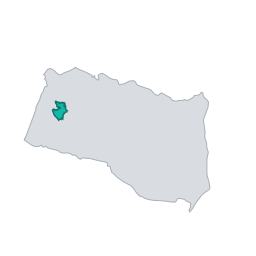 location of Mamprugu Moagduri, Northern, Ghana, rotated 291°
{"feature_id": "2480657B18075285363234", "entity_name": "Mamprugu Moagduri", "entity_type": "district", "adm_level": 2, "iso_a3": "GHA", "parent_name": "Ghana", "parent_adm1": "Northern", "projection": "robinson", "projection_center": [-1.366, 10.258], "detail": "fine", "context": "in_parent", "style": "filled", "palette": "teal", "viewbox_px": 256, "rotation_deg": 291, "n_neighbors": 0, "source": "geoboundaries", "source_scale": "gbopen_adm2", "svg_char_len": 5595}
<svg xmlns="http://www.w3.org/2000/svg" viewBox="0 0 256 256"><g transform="rotate(291 128 128)"><path d="M153.7,31.8L155.4,33.6L155.8,34.7L155.2,38.6L153.9,41.4L153.1,44.0L153.2,45.3L154.0,46.6L156.6,48.6L157.9,50.0L159.5,52.0L161.4,53.9L164.5,56.5L165.8,56.9L165.7,57.7L165.3,58.6L165.0,68.2L164.8,70.6L164.6,71.8L164.3,75.4L164.0,75.9L163.4,75.9L162.8,76.0L162.7,76.7L162.9,77.4L164.8,77.9L164.4,78.5L163.0,79.0L162.3,80.0L162.6,81.3L161.9,82.2L162.1,82.9L162.6,83.4L163.4,83.2L165.6,81.6L166.5,81.4L167.6,81.7L169.7,84.2L169.8,85.5L168.9,89.6L168.1,92.9L168.0,97.2L168.9,99.6L168.7,100.9L167.8,102.1L165.6,103.7L165.8,104.9L166.8,107.0L168.6,109.4L172.2,112.3L174.1,116.1L174.1,117.6L173.0,119.2L171.7,120.5L171.3,122.5L171.9,135.2L169.1,140.8L169.0,142.3L169.3,144.2L170.1,145.3L171.5,145.6L172.7,146.7L172.3,150.5L171.7,154.5L171.6,156.4L171.2,157.3L170.1,158.1L169.7,159.3L170.0,160.9L169.8,162.0L170.4,163.5L171.7,165.3L173.8,169.9L174.5,170.3L174.9,171.2L174.7,172.1L175.5,174.2L177.8,176.2L180.2,178.0L182.2,178.2L182.6,179.8L183.9,181.8L184.9,182.7L186.3,183.3L187.6,183.6L187.6,185.3L185.4,186.4L183.9,188.2L182.8,190.8L181.2,193.8L175.8,195.3L173.8,195.3L162.7,195.4L152.3,201.2L146.3,203.2L142.6,206.5L137.7,208.8L134.2,211.6L127.0,212.9L115.2,217.4L111.6,219.1L107.8,222.2L101.8,225.8L99.4,225.7L94.7,222.4L91.1,220.7L82.4,218.1L75.8,217.1L72.7,216.0L71.8,215.8L72.6,214.6L74.4,214.5L76.3,214.9L77.7,214.0L79.9,213.8L80.4,212.9L80.6,210.5L80.6,208.5L81.3,207.6L81.5,205.3L80.5,200.2L79.7,199.6L75.9,198.9L75.6,197.9L75.0,196.8L74.2,194.2L73.4,190.2L72.1,185.4L69.5,177.4L68.9,174.5L68.5,171.6L68.4,168.2L68.9,166.9L68.8,165.1L68.6,163.3L70.4,159.3L73.9,154.3L74.7,152.5L75.3,151.2L75.4,149.4L76.1,143.6L77.8,136.5L78.8,133.9L79.5,132.4L80.4,130.1L80.6,129.0L83.9,126.2L85.4,125.5L85.7,124.4L85.2,123.2L85.4,122.4L86.2,122.0L87.4,121.7L88.3,120.5L86.9,111.9L85.8,103.2L85.7,102.5L85.1,101.3L84.4,97.7L83.3,95.6L81.8,95.0L81.8,93.0L83.4,89.7L83.8,87.8L83.0,87.2L82.9,85.7L83.5,83.2L83.2,81.7L82.9,80.1L81.3,76.3L80.9,73.6L81.7,72.1L81.7,68.6L80.9,63.3L80.7,60.0L81.3,58.6L81.0,57.3L79.9,56.0L79.8,54.8L80.8,53.6L80.7,52.7L79.4,52.0L78.3,50.4L77.3,47.8L77.6,43.6L79.4,36.0L79.6,35.4L81.7,35.4L81.7,35.7L88.2,35.7L95.7,35.6L104.6,35.5L112.6,35.4L113.0,35.1L114.3,34.6L122.5,35.4L127.6,35.0L129.7,35.3L131.3,35.8L134.8,35.5L136.7,35.7L138.1,37.6L138.7,37.5L139.5,36.7L140.9,35.8L142.3,35.1L143.4,33.6L144.0,32.5L144.9,32.7L146.3,32.6L147.2,31.7L147.5,30.2L153.7,31.8Z" fill="#d9dde1" stroke="#a8b0b8" stroke-width="1"/><path d="M113.0,63.5L113.1,63.4L113.2,63.1L113.4,63.1L113.5,63.0L113.8,63.0L113.7,62.9L113.8,62.9L113.9,63.0L114.0,63.3L114.0,63.6L114.3,63.7L114.5,63.4L114.8,63.2L115.1,63.3L115.3,63.2L115.6,63.0L115.7,62.9L115.8,62.9L116.0,62.8L116.1,62.7L116.4,62.7L116.7,62.7L116.8,62.8L117.0,62.7L117.3,62.9L117.4,63.0L117.6,63.1L117.8,63.1L118.0,63.0L118.4,63.1L118.7,63.1L118.8,63.0L119.2,63.4L119.6,63.6L120.0,63.8L120.3,63.9L120.4,64.0L120.5,64.2L120.6,64.3L121.0,64.8L121.1,64.7L121.3,64.8L121.6,64.9L121.9,64.8L122.0,64.9L122.2,65.0L122.3,65.1L122.4,64.9L122.2,64.8L122.6,63.9L123.1,63.2L124.3,62.6L124.5,62.5L124.7,62.4L125.0,62.2L125.0,62.3L125.3,62.3L125.4,62.2L125.5,61.9L125.3,61.7L125.2,61.5L125.3,61.5L125.4,61.3L125.8,60.1L126.0,60.2L126.3,60.3L126.5,60.4L126.7,60.5L126.8,60.6L126.9,60.8L127.1,60.9L127.1,61.0L127.3,60.8L127.4,60.6L127.5,60.2L127.9,60.2L128.2,60.1L128.5,60.0L128.6,59.8L128.4,59.7L128.4,59.4L128.2,59.4L128.2,59.5L128.0,59.3L128.0,59.2L128.4,59.1L128.5,58.9L128.5,58.6L128.4,58.5L128.3,58.4L128.3,58.2L128.5,57.9L128.4,57.8L128.0,57.7L127.9,57.7L127.7,57.4L127.5,57.2L127.4,56.9L127.5,56.8L127.8,56.9L128.0,56.9L128.0,56.6L127.8,56.5L127.7,56.5L127.6,56.4L127.3,56.4L127.1,56.4L127.0,56.2L127.0,55.9L126.9,55.8L126.5,55.7L126.4,55.7L126.4,55.4L126.5,55.3L126.5,55.2L126.9,55.2L127.0,55.1L127.2,54.9L127.3,54.8L127.3,54.5L127.3,54.4L127.2,54.2L127.0,54.3L126.9,54.3L126.9,54.0L126.9,53.6L126.9,53.4L126.8,53.2L126.6,53.1L126.6,52.9L126.5,52.6L126.5,52.3L126.6,52.2L126.7,52.3L127.0,52.1L127.0,51.9L127.1,51.7L126.9,51.5L126.7,51.4L126.8,51.2L126.8,50.9L126.6,51.0L126.1,51.1L125.8,51.3L125.1,51.9L125.0,52.1L124.7,52.6L124.3,53.3L123.7,53.5L122.9,53.8L122.6,53.9L122.5,54.0L122.4,54.3L122.5,54.7L122.9,55.2L123.0,55.3L123.1,55.8L123.1,56.0L123.0,56.3L122.9,56.4L122.8,56.6L122.7,56.6L122.7,56.8L122.5,57.0L122.4,57.1L122.2,57.2L122.3,57.3L122.2,57.4L122.2,57.5L122.1,57.4L122.1,57.5L122.1,57.4L121.9,57.4L121.8,57.1L121.8,56.9L121.9,56.6L121.7,56.5L121.6,56.4L121.4,56.3L121.5,56.1L121.5,55.9L121.4,55.9L121.4,56.0L121.1,56.0L121.0,55.9L120.9,55.9L120.7,56.0L120.6,55.9L120.3,55.9L120.2,55.8L120.0,55.7L119.9,55.4L119.7,55.2L119.6,55.3L119.4,55.3L119.4,55.2L119.5,55.2L119.5,54.9L119.4,54.6L119.2,54.3L118.7,54.2L118.5,53.9L118.4,53.7L118.6,53.5L118.7,53.4L118.9,53.2L119.0,53.0L118.9,52.9L118.7,52.8L118.8,52.8L119.0,52.6L119.0,52.4L118.8,52.3L118.8,52.2L118.6,52.0L118.5,51.9L118.7,51.7L118.4,51.5L118.2,51.3L118.0,51.1L117.9,51.1L117.7,51.3L117.5,51.6L117.4,51.6L117.2,51.7L116.8,51.8L116.7,51.8L116.7,52.0L116.4,52.1L116.2,52.3L116.0,52.5L115.2,53.2L114.8,53.5L114.6,53.6L114.1,54.2L113.4,55.0L113.2,55.3L112.1,57.7L111.5,59.1L111.3,59.3L111.3,59.5L111.2,59.8L111.0,60.0L110.9,60.1L111.0,60.2L110.9,60.3L111.0,60.3L111.0,60.5L110.9,60.6L111.0,60.7L111.0,60.8L111.3,61.0L111.5,61.1L111.7,61.3L111.8,61.4L111.8,61.5L112.0,61.8L112.3,61.7L112.4,61.8L112.5,61.8L112.7,62.0L112.8,62.3L112.8,62.5L112.7,62.6L112.8,62.6L112.9,62.8L113.0,62.8L112.9,62.9L112.9,63.0L113.0,63.3L113.0,63.5Z" fill="#14b8a6" stroke="#0f766e" stroke-width="1.5"/></g></svg>